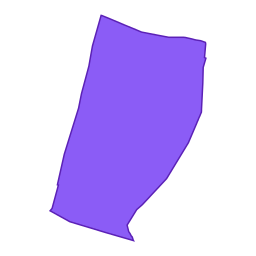 outline of San Bartolomé Quialana, Oaxaca, Mexico
{"feature_id": "50627088B34817087326537", "entity_name": "San Bartolomé Quialana", "entity_type": "district", "adm_level": 2, "iso_a3": "MEX", "parent_name": "Mexico", "parent_adm1": "Oaxaca", "projection": "mercator", "projection_center": [-96.492, 16.896], "detail": "fine", "context": "isolated", "style": "filled", "palette": "violet", "viewbox_px": 256, "rotation_deg": 0, "n_neighbors": 0, "source": "geoboundaries", "source_scale": "gbopen_adm2", "svg_char_len": 869}
<svg xmlns="http://www.w3.org/2000/svg" viewBox="0 0 256 256"><path d="M133.5,240.6L132.9,239.4L132.7,238.3L132.0,236.6L131.3,236.0L130.0,233.5L128.7,231.6L127.1,225.1L136.7,209.6L142.4,204.6L166.6,178.6L188.4,142.7L196.6,123.5L197.3,121.7L198.1,120.0L198.9,117.9L199.8,116.0L200.6,114.0L201.0,113.1L201.4,112.2L201.4,111.9L201.5,110.4L201.5,109.9L201.5,109.3L202.8,83.1L203.2,67.4L205.9,58.2L204.5,57.6L205.7,43.9L205.4,42.4L202.7,41.4L200.6,40.7L198.7,40.4L196.0,40.0L194.3,39.6L193.6,39.4L192.1,39.0L190.4,38.6L188.1,38.1L187.6,38.0L187.2,37.9L185.5,37.5L183.7,37.3L168.8,37.3L158.7,35.4L141.6,32.1L135.9,29.7L124.0,24.8L108.9,18.4L101.5,15.4L101.1,15.4L101.1,15.5L92.5,45.8L91.2,53.0L88.9,66.1L81.5,93.6L78.6,108.1L64.3,154.2L57.4,184.8L58.4,185.1L52.1,208.4L50.1,210.8L69.8,221.7L105.9,232.6L133.5,240.6Z" fill="#8b5cf6" stroke="#5b21b6" stroke-width="1.5"/></svg>